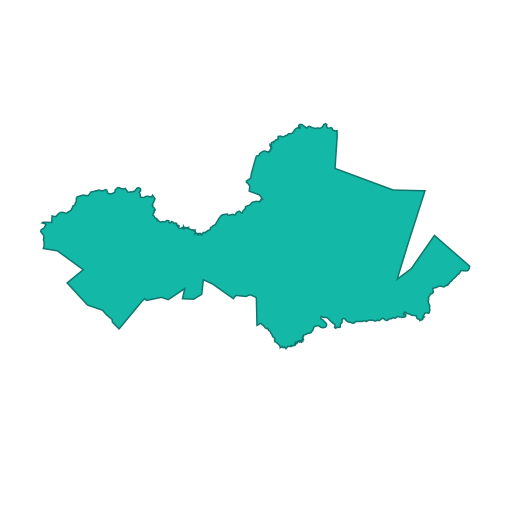 outline of Guazapares, Chihuahua, Mexico, rotated 70°
{"feature_id": "50627088B41160279042816", "entity_name": "Guazapares", "entity_type": "district", "adm_level": 2, "iso_a3": "MEX", "parent_name": "Mexico", "parent_adm1": "Chihuahua", "projection": "mercator", "projection_center": [-108.298, 27.372], "detail": "fine", "context": "isolated", "style": "filled", "palette": "teal", "viewbox_px": 512, "rotation_deg": 70, "n_neighbors": 0, "source": "geoboundaries", "source_scale": "gbopen_adm2", "svg_char_len": 6146}
<svg xmlns="http://www.w3.org/2000/svg" viewBox="0 0 512 512"><g transform="rotate(70 256 256)"><path d="M151.8,445.7L153.3,443.4L154.7,442.7L157.3,445.7L157.9,448.9L159.4,450.0L162.8,448.8L165.3,448.6L168.2,450.2L170.0,450.3L174.2,451.7L176.2,453.3L183.2,440.9L209.8,423.0L216.7,442.7L244.5,431.1L254.5,418.7L259.5,416.9L266.5,412.9L268.9,413.6L277.7,409.6L259.4,378.4L258.1,375.1L260.3,374.1L262.5,359.0L267.0,353.4L262.3,334.1L271.0,339.7L275.3,329.3L273.4,320.1L260.3,313.6L267.3,306.5L288.3,291.9L286.2,288.3L290.7,279.0L290.3,276.3L290.9,274.1L295.2,269.9L321.5,278.8L320.9,274.3L323.0,273.6L323.4,272.9L327.0,271.7L327.7,271.1L327.9,269.7L328.6,269.3L329.4,269.8L330.1,269.7L331.3,268.6L333.7,268.4L334.4,267.9L337.5,267.9L339.8,266.4L340.8,267.1L343.1,267.5L343.5,266.8L347.3,264.7L349.7,264.2L350.5,264.6L350.0,262.4L350.7,262.6L351.5,261.8L351.3,260.4L353.2,259.6L352.7,259.1L352.8,258.4L351.9,257.7L352.4,255.0L352.8,254.7L352.2,253.6L353.2,253.3L352.8,252.3L353.3,249.9L352.3,249.8L352.6,249.4L352.2,248.1L351.1,248.9L350.6,248.7L350.7,248.0L351.8,247.0L351.5,246.6L350.5,246.4L350.9,245.3L350.1,244.8L350.6,243.9L351.2,244.9L351.9,244.6L351.7,243.5L352.6,242.8L351.8,242.1L352.3,241.3L351.7,241.0L351.2,241.4L350.7,242.5L350.3,241.7L350.8,240.0L349.3,239.8L348.2,240.3L347.8,238.9L346.6,238.8L346.8,235.3L346.3,233.8L346.8,232.5L346.8,230.2L346.1,229.8L345.6,228.4L342.8,226.0L342.2,224.9L342.6,221.7L343.6,220.5L345.1,219.6L346.4,217.5L346.6,214.9L345.3,213.4L343.8,212.9L338.6,215.2L337.5,216.4L335.5,216.2L335.1,215.1L336.5,214.1L338.1,210.4L338.9,209.9L344.5,207.3L347.3,205.4L348.8,205.4L349.8,206.6L351.2,205.9L350.7,203.8L351.3,203.2L351.7,201.3L348.8,199.9L347.9,197.8L345.7,197.1L344.9,196.4L344.7,195.3L345.3,194.0L347.3,193.5L349.5,192.0L350.1,190.6L352.2,188.2L352.6,186.8L351.8,185.2L351.8,184.3L353.8,178.6L353.8,176.2L355.3,174.8L354.9,172.2L355.3,170.7L356.6,167.7L357.9,166.5L358.0,163.4L358.9,162.4L357.8,158.6L358.5,157.5L360.6,156.2L361.5,154.8L360.6,152.1L361.3,150.1L360.7,148.8L361.2,148.4L361.1,147.7L362.1,146.2L361.3,143.9L361.9,142.3L362.5,142.0L362.8,140.7L363.6,140.1L364.2,137.1L363.8,135.9L362.7,135.6L361.8,135.8L361.9,137.2L360.9,137.3L359.6,135.2L361.8,133.9L361.9,133.2L363.9,130.6L364.7,130.4L366.9,125.9L369.6,126.0L370.3,125.7L371.3,124.3L372.7,124.2L372.7,121.8L372.6,121.4L372.2,121.6L371.9,120.6L371.5,120.6L370.9,118.7L370.1,119.7L367.5,117.0L367.7,115.1L368.9,113.2L368.4,112.5L367.7,112.3L366.7,111.3L363.2,110.4L362.1,109.7L358.6,110.0L356.9,109.5L355.6,108.4L354.1,108.3L351.6,105.2L351.3,102.6L350.8,101.8L347.5,101.2L346.9,100.8L347.3,97.2L346.9,94.5L347.3,93.2L349.4,89.9L348.7,87.5L349.0,86.4L348.5,86.2L348.8,85.4L348.1,84.9L347.8,83.6L346.7,82.6L346.5,80.9L345.3,79.2L343.9,75.5L342.4,73.0L342.3,71.5L339.8,68.3L341.8,63.9L342.1,62.4L341.8,61.2L340.3,59.7L338.7,58.7L297.7,81.3L321.0,114.4L326.1,131.3L296.0,108.6L252.5,74.9L241.0,104.4L200.8,151.8L170.8,138.6L165.9,137.0L165.7,138.8L163.8,140.9L162.3,140.7L161.0,141.5L160.8,143.8L160.3,145.1L157.9,145.3L156.6,144.5L155.5,145.3L155.5,146.9L157.6,149.9L158.0,152.2L156.8,153.9L156.6,155.8L155.7,157.9L152.4,161.5L152.3,162.9L153.0,163.9L153.1,164.7L148.4,167.7L147.4,169.6L147.4,170.3L148.2,171.3L148.9,171.4L150.0,170.3L150.7,170.9L151.0,171.5L150.0,172.1L149.8,172.7L149.9,174.9L151.0,177.1L152.8,179.2L153.1,180.6L152.3,183.7L153.2,185.5L152.9,187.0L153.3,187.8L153.3,189.9L153.1,190.5L152.4,190.9L152.2,191.8L151.6,192.1L151.3,194.4L153.5,195.0L153.9,195.5L153.6,195.9L154.0,196.4L153.7,197.8L154.5,199.0L154.4,200.1L155.3,200.8L154.7,201.3L154.9,202.8L156.6,203.4L156.8,204.0L156.2,204.4L156.8,204.5L156.6,205.0L157.6,205.0L158.2,204.0L158.9,204.2L158.7,204.8L160.4,204.6L160.4,205.6L161.2,205.8L161.3,206.7L162.3,207.0L162.2,208.3L162.8,208.6L162.4,208.7L162.0,209.9L160.5,211.5L160.0,213.7L160.9,217.3L162.7,219.1L162.2,221.0L162.7,221.9L177.0,232.2L181.3,234.4L181.3,235.4L182.3,239.4L183.5,239.8L184.8,238.9L188.3,237.9L192.7,240.2L199.7,231.9L204.7,230.4L204.5,231.6L205.1,231.7L205.3,232.2L205.0,232.6L206.4,234.3L205.7,234.9L204.7,237.3L204.2,241.0L206.0,244.4L206.0,248.9L207.7,249.8L209.2,252.7L210.9,254.2L210.8,254.8L208.3,256.1L208.0,256.9L208.5,259.5L210.1,261.2L210.3,262.2L208.9,263.5L208.5,267.4L207.8,268.4L206.7,268.7L205.8,273.3L206.3,275.3L208.0,277.8L208.2,278.6L209.5,279.3L210.0,280.5L212.6,283.4L212.9,286.0L214.0,289.2L215.7,290.1L215.6,292.5L216.1,293.1L215.9,294.3L216.8,295.5L215.8,297.5L216.6,298.5L216.9,299.7L217.5,299.6L217.2,300.4L216.2,300.3L215.6,300.7L215.3,302.3L216.4,302.5L216.5,303.1L215.9,303.7L215.3,303.1L214.7,303.4L214.4,304.5L213.7,304.6L214.1,305.6L213.0,304.8L211.6,304.7L211.4,305.2L210.6,304.5L210.6,306.0L209.8,306.3L209.5,307.5L206.9,310.3L205.9,309.6L205.8,310.2L206.4,311.0L205.9,311.5L206.0,312.0L205.2,312.4L205.8,313.5L203.5,313.9L205.2,314.5L205.7,315.2L204.9,315.6L204.6,314.7L204.0,314.9L204.3,317.7L203.9,318.5L202.6,319.4L201.7,318.1L201.3,318.0L200.9,319.3L200.2,319.0L199.9,320.2L198.3,319.4L197.4,320.4L197.4,322.0L195.8,322.4L194.7,323.7L195.7,325.2L195.6,325.7L194.6,326.3L193.0,325.9L192.1,327.8L192.9,330.2L191.6,332.1L191.8,333.9L190.4,335.2L188.8,335.8L189.0,336.8L187.7,336.3L186.7,336.5L185.5,338.1L183.9,338.0L182.6,338.9L181.4,338.4L180.0,336.7L178.5,336.3L178.4,335.0L178.1,334.9L175.9,335.3L174.5,336.2L173.8,336.2L173.3,335.7L172.7,336.0L167.7,331.3L163.5,332.5L164.8,333.8L162.4,338.2L162.6,341.9L161.4,344.1L160.3,344.5L158.7,343.8L156.1,343.9L155.3,342.1L153.7,341.6L152.3,342.2L151.5,343.3L151.6,344.8L153.8,348.1L153.2,349.1L153.6,350.0L152.7,352.3L152.7,353.6L152.2,354.5L147.7,355.8L147.7,357.2L146.8,359.4L145.0,361.1L144.4,362.8L145.1,363.7L145.6,365.5L147.8,366.9L148.2,370.5L147.3,372.7L146.6,373.7L143.0,373.8L142.3,374.4L142.3,377.8L140.1,381.7L140.4,383.2L139.9,384.0L139.9,386.4L139.4,389.2L141.8,392.7L141.6,393.9L139.6,397.7L139.3,403.2L139.3,403.9L140.3,405.0L143.5,406.4L144.4,407.7L146.1,408.6L146.5,411.2L148.0,412.1L148.6,413.1L149.7,413.9L151.0,419.8L148.6,423.2L148.2,425.0L148.8,427.3L150.4,430.5L150.0,431.9L148.6,433.9L154.6,436.5L151.4,444.6L151.8,445.7Z" fill="#14b8a6" stroke="#0f766e" stroke-width="1.5"/></g></svg>